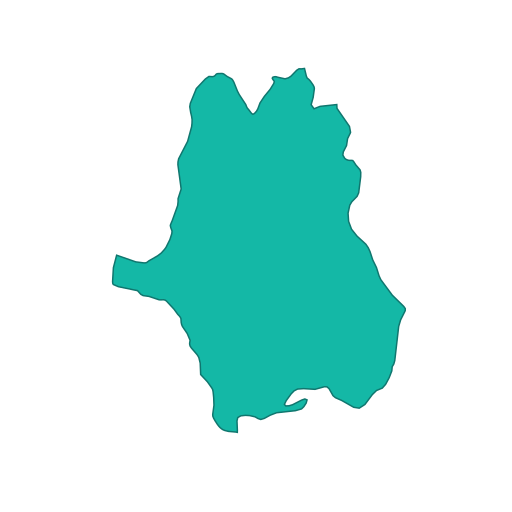 outline of Paktika, rotated 334°
{"feature_id": "AFG-1759", "entity_name": "Paktika", "entity_type": "Province", "adm_level": 1, "iso_a3": "AFG", "parent_name": "Afghanistan", "parent_adm1": "", "projection": "albers", "projection_center": [68.71, 32.511], "detail": "fine", "context": "isolated", "style": "filled", "palette": "teal", "viewbox_px": 512, "rotation_deg": 334, "n_neighbors": 0, "source": "natural_earth", "source_scale": "10m", "svg_char_len": 3137}
<svg xmlns="http://www.w3.org/2000/svg" viewBox="0 0 512 512"><g transform="rotate(334 256 256)"><path d="M366.5,369.9L366.1,370.6L358.0,376.8L353.4,381.8L334.9,410.8L332.5,413.5L329.9,415.2L327.7,418.8L322.3,423.8L316.2,428.2L311.6,430.1L305.4,429.7L299.7,431.6L288.8,437.2L282.1,438.0L277.5,434.8L269.7,423.4L265.3,418.2L264.0,415.3L263.5,407.2L262.4,404.7L260.2,403.5L250.6,401.7L240.7,396.1L235.0,393.8L231.2,393.9L227.2,395.3L219.8,399.2L216.5,401.8L217.0,403.8L220.0,405.1L223.7,405.7L233.9,405.5L237.2,405.9L238.8,407.7L236.6,410.2L232.9,412.4L229.9,413.4L223.6,412.3L205.8,405.9L199.0,405.3L192.3,405.6L188.6,405.0L186.5,402.9L184.7,400.2L180.4,396.7L176.7,394.6L172.3,393.0L168.8,393.2L166.6,395.9L162.9,404.4L161.9,406.3L160.7,405.4L154.4,401.6L151.4,399.1L150.1,397.6L149.2,396.1L148.4,394.2L147.9,392.4L147.5,390.4L147.0,386.4L146.8,383.3L146.9,382.1L147.0,381.0L147.6,379.5L152.8,371.7L155.9,364.7L157.9,359.3L158.4,357.4L158.5,356.8L158.4,355.2L157.2,347.8L154.3,338.3L158.9,327.8L160.1,322.2L160.0,320.5L159.8,318.8L157.6,310.4L157.3,308.1L157.6,306.5L158.1,305.3L159.8,302.9L160.2,295.5L159.0,287.3L159.1,285.1L159.6,283.0L161.1,279.3L161.1,278.0L160.8,276.3L160.1,274.1L159.0,267.9L155.8,257.3L155.1,256.0L154.5,255.4L153.9,254.9L150.4,253.3L149.5,252.7L142.1,245.4L137.2,242.1L135.7,240.0L134.3,235.2L118.8,223.2L115.3,219.1L115.2,218.2L115.4,217.4L115.9,216.1L122.7,204.0L131.1,194.2L145.4,208.6L152.3,213.1L153.9,213.8L155.3,213.9L157.5,213.4L167.7,212.7L172.2,211.8L176.6,210.0L178.9,208.8L185.8,203.5L190.2,198.9L191.5,196.7L191.8,193.5L192.2,191.6L192.5,190.8L194.1,189.3L196.2,187.5L207.8,176.2L209.9,172.8L211.1,170.3L218.1,163.0L225.8,139.8L227.1,137.3L229.1,134.7L244.8,123.0L254.8,111.6L256.7,108.6L258.4,105.3L259.4,102.0L260.2,98.4L261.9,92.8L263.9,90.0L275.5,79.6L275.9,79.3L288.1,74.7L292.4,74.0L295.6,75.8L297.3,76.1L298.5,75.8L299.8,75.2L300.7,75.1L301.6,75.3L305.4,77.0L306.3,77.7L306.9,78.4L308.7,81.9L311.4,85.6L312.0,86.7L312.2,88.0L312.3,90.1L311.6,99.6L311.7,103.6L313.2,115.4L313.1,116.5L313.0,117.4L313.0,119.1L313.6,121.3L314.5,125.9L315.3,127.2L315.8,127.3L316.3,127.3L317.4,127.1L319.9,126.1L322.2,124.5L326.7,120.2L333.5,116.2L341.8,112.4L347.5,108.8L348.9,107.3L348.9,106.8L348.9,106.2L348.7,105.6L348.6,104.8L348.5,103.5L348.9,103.0L349.4,102.7L350.4,102.8L351.5,103.1L352.2,103.4L352.9,103.9L353.4,104.4L354.7,105.5L359.8,109.5L363.3,110.1L366.3,109.7L374.0,106.9L376.7,106.6L377.9,107.2L378.5,107.6L381.8,108.7L380.1,116.4L380.0,118.6L380.3,119.1L381.0,120.7L381.6,122.8L382.3,127.4L382.3,129.6L381.8,131.2L376.9,138.5L371.9,144.2L372.7,149.1L379.2,149.6L395.0,155.3L393.5,158.8L396.8,180.5L395.2,186.3L394.2,187.2L389.8,190.6L385.8,196.4L380.1,200.7L378.3,203.4L378.6,207.3L379.5,208.9L380.7,210.2L382.2,211.2L383.6,211.8L384.8,212.6L385.2,214.2L385.6,217.7L387.3,224.3L386.8,226.8L384.8,230.7L376.0,244.2L373.0,246.7L366.0,249.2L362.6,251.4L357.5,257.9L354.4,265.5L353.6,273.8L355.5,282.4L359.9,293.6L360.5,297.8L360.4,302.1L359.2,310.7L359.2,319.2L357.9,327.7L357.8,332.0L361.3,350.9L366.7,366.1L367.1,368.7L366.5,369.9Z" fill="#14b8a6" stroke="#0f766e" stroke-width="1.5"/></g></svg>